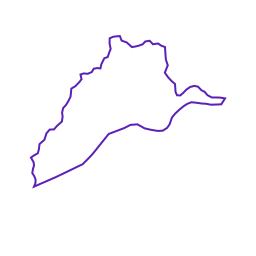 Terezópolis de Goiás, Goiás, Brazil (Mercator projection), rotated 22°
{"feature_id": "56859067B74545667344243", "entity_name": "Terezópolis de Goiás", "entity_type": "district", "adm_level": 2, "iso_a3": "BRA", "parent_name": "Brazil", "parent_adm1": "Goiás", "projection": "mercator", "projection_center": [-49.069, -16.456], "detail": "fine", "context": "isolated", "style": "outline", "palette": "violet", "viewbox_px": 256, "rotation_deg": 22, "n_neighbors": 0, "source": "geoboundaries", "source_scale": "gbopen_adm2", "svg_char_len": 1359}
<svg xmlns="http://www.w3.org/2000/svg" viewBox="0 0 256 256"><g transform="rotate(22 128 128)"><path d="M63.9,96.2L66.6,100.1L65.8,103.4L63.5,109.0L60.7,112.7L61.8,116.3L63.0,120.5L62.6,125.4L61.9,129.8L60.4,133.8L61.1,138.4L63.1,141.9L64.3,146.7L61.4,152.6L59.9,157.0L56.0,158.8L54.4,163.4L54.9,170.3L52.0,176.0L53.4,181.4L53.8,185.3L51.3,188.4L49.1,191.8L53.3,195.1L54.9,197.9L55.2,201.4L56.1,205.6L59.3,207.9L61.6,210.4L62.8,213.7L62.8,217.6L80.1,199.9L88.5,190.7L95.8,182.6L99.5,178.6L103.0,170.3L105.0,165.1L112.3,140.8L124.6,129.4L129.1,124.2L135.3,121.1L139.9,121.6L143.4,122.1L149.8,121.1L156.6,119.6L161.2,117.5L164.2,113.3L165.2,109.0L164.8,101.9L166.3,97.1L168.6,92.1L171.3,87.1L174.0,83.3L177.1,80.4L181.4,79.1L187.5,77.6L191.2,76.3L196.0,75.4L201.2,73.1L205.6,71.1L206.9,64.2L201.6,65.4L194.2,68.3L189.4,67.8L185.4,65.7L182.0,65.5L177.6,63.5L174.0,64.0L170.3,66.6L167.7,70.6L166.1,74.6L164.3,78.2L161.2,79.3L158.6,76.8L155.1,69.6L150.7,68.1L146.1,65.9L141.4,62.9L141.4,55.0L137.5,50.4L135.2,45.8L132.0,39.1L127.9,39.2L124.2,38.4L119.8,41.0L115.4,39.0L111.6,41.3L110.3,44.8L107.2,47.6L104.3,49.7L101.3,51.5L94.6,49.1L89.4,49.4L86.0,45.8L80.1,48.9L77.4,51.7L79.3,56.6L82.3,61.2L82.3,64.6L82.6,69.8L79.9,72.2L79.4,78.9L80.1,83.1L76.9,84.0L74.0,85.9L73.5,89.6L70.4,92.8L66.5,94.0L63.9,96.2Z" fill="none" stroke="#5b21b6" stroke-width="2"/></g></svg>